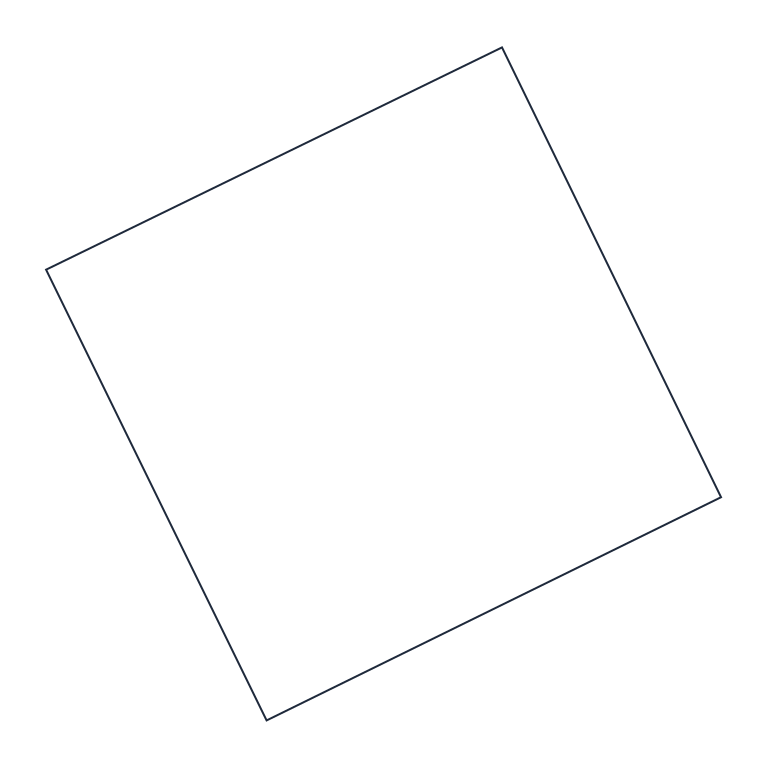 the district of Hutchinson, Texas, United States of America, rotated 334°
{"feature_id": "52423323B37064870430206", "entity_name": "Hutchinson", "entity_type": "district", "adm_level": 2, "iso_a3": "USA", "parent_name": "United States of America", "parent_adm1": "Texas", "projection": "mercator", "projection_center": [-101.408, 35.84], "detail": "fine", "context": "isolated", "style": "outline", "palette": "slate", "viewbox_px": 768, "rotation_deg": 334, "n_neighbors": 0, "source": "geoboundaries", "source_scale": "gbopen_adm2", "svg_char_len": 226}
<svg xmlns="http://www.w3.org/2000/svg" viewBox="0 0 768 768"><g transform="rotate(334 384 384)"><path d="M130.4,133.1L131.0,634.9L637.3,633.5L637.6,133.2L130.4,133.1Z" fill="none" stroke="#1e293b" stroke-width="2"/></g></svg>